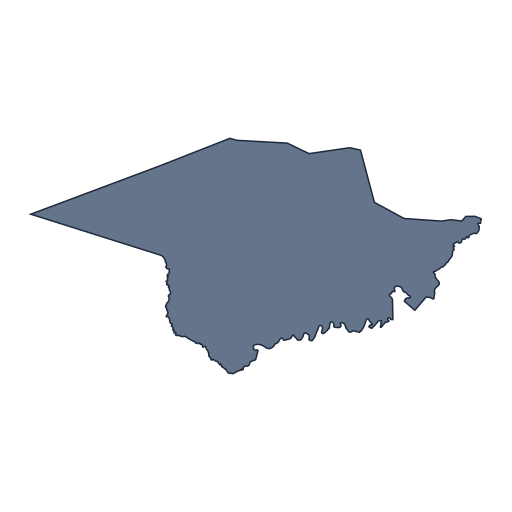 the district of San Pedro Sula, Cortés, Honduras
{"feature_id": "27666195B7809661399251", "entity_name": "San Pedro Sula", "entity_type": "district", "adm_level": 2, "iso_a3": "HND", "parent_name": "Honduras", "parent_adm1": "Cortés", "projection": "robinson", "projection_center": [-88.073, 15.5], "detail": "fine", "context": "isolated", "style": "filled", "palette": "slate", "viewbox_px": 512, "rotation_deg": 0, "n_neighbors": 0, "source": "geoboundaries", "source_scale": "gbopen_adm2", "svg_char_len": 6131}
<svg xmlns="http://www.w3.org/2000/svg" viewBox="0 0 512 512"><path d="M481.1,218.7L474.8,216.3L465.9,216.4L461.7,221.0L450.9,219.7L441.6,221.1L404.1,218.5L374.4,202.4L360.5,150.1L349.8,147.7L309.1,153.6L303.8,151.1L287.3,143.1L236.8,140.3L230.0,138.3L159.9,165.8L30.7,214.2L160.0,255.0L162.3,256.0L164.5,258.6L165.1,260.1L165.5,262.0L166.6,264.0L166.7,265.0L165.9,266.7L165.9,267.4L166.6,267.9L166.9,268.5L167.9,268.9L169.0,269.2L169.4,269.7L169.2,271.2L169.1,273.0L168.8,273.5L167.6,274.3L167.4,274.8L167.4,275.1L168.1,275.8L167.2,276.3L167.3,276.8L167.9,277.7L167.8,278.1L167.3,278.6L167.6,279.7L167.6,280.1L167.2,280.6L166.2,281.2L166.1,281.6L166.4,282.0L167.1,282.3L167.3,282.8L166.6,284.1L166.6,284.5L167.3,285.1L168.4,285.2L168.8,286.2L169.3,286.5L169.2,286.8L168.6,287.1L168.5,287.4L169.3,288.3L169.3,289.9L170.5,291.9L170.6,292.7L170.3,293.7L169.1,294.8L168.3,296.0L169.0,298.1L169.1,299.2L169.0,300.0L168.3,301.6L167.3,302.5L165.5,306.3L165.7,306.9L166.4,307.4L166.3,308.2L166.8,309.4L166.8,310.1L167.6,311.2L167.7,312.2L167.9,312.9L167.7,313.9L166.5,315.4L166.3,316.5L166.5,316.7L167.0,316.9L168.2,316.8L168.7,317.2L169.2,318.4L169.8,321.0L170.0,322.5L170.7,323.4L172.2,324.2L171.5,325.5L171.4,326.0L171.6,326.3L172.7,327.1L173.2,327.7L173.2,328.0L172.7,329.3L173.1,330.1L173.7,329.9L174.0,330.1L174.1,330.7L173.8,331.7L174.4,332.2L174.1,332.7L175.3,332.5L176.0,333.0L176.0,333.5L175.4,334.6L175.6,335.0L176.4,335.4L177.4,335.6L178.9,335.3L179.7,335.9L182.5,336.7L184.6,336.3L185.8,337.0L186.8,337.1L187.7,338.2L189.6,339.1L192.6,340.9L194.6,341.6L195.8,343.2L197.1,343.0L198.1,343.7L199.3,343.2L199.8,343.2L200.4,344.2L200.9,344.4L201.7,344.3L202.1,344.6L202.4,345.1L202.4,346.4L203.1,347.3L203.4,347.2L203.9,346.7L204.4,346.3L205.2,346.3L205.6,346.8L206.5,349.2L207.9,351.1L208.2,352.2L208.7,352.9L208.7,355.0L208.9,356.0L209.3,356.7L210.9,358.3L210.8,359.4L211.1,359.8L211.8,360.1L212.7,359.5L213.4,359.6L215.7,361.1L217.4,361.5L218.9,363.6L220.0,364.9L220.3,364.8L220.6,364.2L220.9,364.1L221.1,364.4L221.4,364.8L221.7,366.5L222.1,367.1L223.6,367.6L224.4,368.7L225.4,368.8L226.7,370.8L227.8,372.1L228.4,373.1L229.5,373.1L229.9,373.4L230.6,373.2L233.0,373.7L233.7,373.5L234.0,373.0L234.3,372.8L235.8,372.4L237.1,371.1L238.6,371.0L240.7,370.0L241.6,370.1L241.3,369.3L241.5,369.1L242.2,369.1L242.5,368.9L243.1,369.3L243.3,367.7L244.6,366.2L245.1,366.0L247.3,366.2L248.5,365.6L249.2,364.9L250.0,362.4L250.6,361.9L252.7,360.6L254.5,360.3L255.6,359.6L256.8,355.6L257.0,353.8L257.7,352.2L257.9,351.0L257.8,350.3L257.5,350.0L256.9,349.9L256.1,350.2L254.9,350.1L254.3,349.7L253.9,349.1L253.5,347.4L253.4,346.0L253.9,345.3L255.5,344.6L258.2,344.3L260.1,344.6L261.8,345.2L264.3,346.5L266.7,348.2L269.2,348.6L270.1,348.5L271.8,347.7L273.5,346.5L275.2,343.8L277.4,342.9L278.4,342.0L279.8,339.4L281.1,338.1L281.7,338.0L282.3,338.2L282.8,338.7L283.4,340.0L284.1,340.2L284.6,340.2L287.0,339.5L289.5,338.9L290.4,338.5L291.5,337.4L292.1,335.9L293.5,335.1L293.9,335.6L294.1,336.1L294.6,336.6L296.5,338.5L297.3,339.8L298.5,340.2L299.9,340.2L301.2,339.4L301.8,338.6L303.0,336.7L303.6,334.4L304.5,333.0L304.9,332.8L305.8,333.0L307.3,333.8L308.3,334.5L309.0,335.2L309.2,335.9L309.0,339.2L309.2,340.0L310.4,340.5L311.9,340.8L313.1,339.6L314.9,336.9L316.7,331.9L317.7,330.0L318.8,326.6L319.3,325.9L320.0,325.5L320.7,325.5L321.5,325.9L322.2,326.7L322.5,327.6L322.5,328.6L321.5,332.2L321.7,332.9L322.1,333.3L322.8,333.5L323.4,333.5L324.2,333.1L326.7,330.9L328.4,329.0L329.2,328.3L329.5,327.4L329.5,326.1L330.3,322.7L330.5,322.3L331.2,322.0L332.4,322.2L333.5,323.2L334.0,324.4L333.6,326.3L334.1,326.9L334.8,327.3L338.3,327.6L339.5,327.4L340.3,327.1L340.8,326.4L341.1,325.5L340.9,324.9L340.3,324.2L340.3,323.3L341.0,322.6L341.5,322.6L343.8,323.5L344.4,323.9L344.8,324.5L345.7,327.4L346.2,328.4L347.4,329.7L348.5,331.6L349.9,332.2L351.2,332.0L353.3,330.8L353.8,330.7L355.9,331.6L357.1,331.5L359.0,332.4L359.4,332.3L361.1,330.9L361.9,330.0L364.3,325.6L365.5,322.0L366.4,319.7L366.8,319.1L367.4,318.8L367.9,318.9L368.6,319.4L369.5,320.9L372.0,324.0L371.8,324.7L370.2,325.0L369.1,326.1L368.9,326.7L369.2,327.1L371.4,328.3L371.8,328.3L374.9,325.1L378.2,321.3L379.1,320.8L380.3,320.5L381.3,320.6L381.6,321.1L380.9,322.6L381.0,324.9L380.3,326.6L380.5,327.2L381.1,327.3L381.8,326.6L383.1,324.9L384.1,323.9L384.8,322.6L386.9,322.2L388.9,321.1L388.9,320.6L388.0,320.0L387.6,319.3L387.7,318.6L388.3,318.1L388.8,317.8L389.4,317.8L390.8,319.4L392.9,319.6L392.5,299.7L392.1,298.6L391.6,297.8L389.5,295.7L389.4,295.0L389.5,294.5L389.8,294.2L391.0,293.8L391.5,293.3L391.8,292.8L392.0,291.7L392.3,291.4L392.7,291.3L394.1,291.7L394.8,291.4L394.9,290.8L394.3,288.7L394.3,288.2L395.0,286.8L395.7,286.3L396.6,286.2L398.1,286.2L399.9,286.7L400.8,287.1L401.7,288.0L402.7,290.4L403.6,291.7L403.9,291.9L405.4,292.3L406.0,292.6L406.7,293.3L408.4,295.3L408.8,295.6L409.6,295.8L410.2,296.2L410.6,297.1L410.4,297.5L406.4,298.2L405.6,298.7L405.1,299.5L405.0,299.9L404.7,300.2L404.4,301.3L414.8,310.3L426.1,297.1L426.7,297.0L427.9,297.3L429.6,297.3L430.1,297.4L432.5,298.8L433.3,298.9L433.7,298.8L434.0,298.4L434.1,296.1L434.6,294.1L434.7,292.7L434.4,291.0L434.6,289.5L435.5,288.2L438.4,285.3L439.2,284.2L439.3,283.5L439.2,282.4L438.8,281.6L436.5,279.1L436.2,278.2L435.1,276.7L435.0,276.3L435.1,274.5L434.5,273.6L433.5,272.6L433.3,272.0L433.8,271.7L435.6,271.2L437.1,270.0L438.9,269.2L441.2,267.2L443.2,266.8L444.4,265.3L445.4,264.7L446.1,262.9L447.4,262.5L448.0,261.8L449.3,259.7L452.0,256.1L452.5,253.2L452.7,251.2L454.2,249.7L454.1,249.2L453.2,248.2L453.1,247.7L453.3,247.2L454.4,246.5L454.5,246.2L454.4,245.8L453.7,245.4L453.1,244.6L453.3,244.2L453.9,243.6L456.8,242.1L457.5,241.8L457.8,241.9L458.8,243.0L459.6,243.1L460.4,242.9L461.0,242.5L461.4,241.9L462.2,239.3L462.5,238.9L464.2,239.2L465.3,239.0L465.7,238.4L466.2,236.9L466.5,236.6L467.0,236.7L467.9,237.7L468.3,237.8L468.6,237.6L469.0,236.9L469.4,235.3L470.0,234.8L474.1,233.2L476.1,233.6L476.6,233.5L477.1,233.1L478.9,230.5L479.3,227.2L479.1,226.0L477.9,224.4L477.7,223.6L477.9,223.4L478.3,223.2L480.4,223.3L480.7,223.1L480.6,221.1L481.3,219.3L481.1,218.7Z" fill="#64748b" stroke="#1e293b" stroke-width="1.5"/></svg>